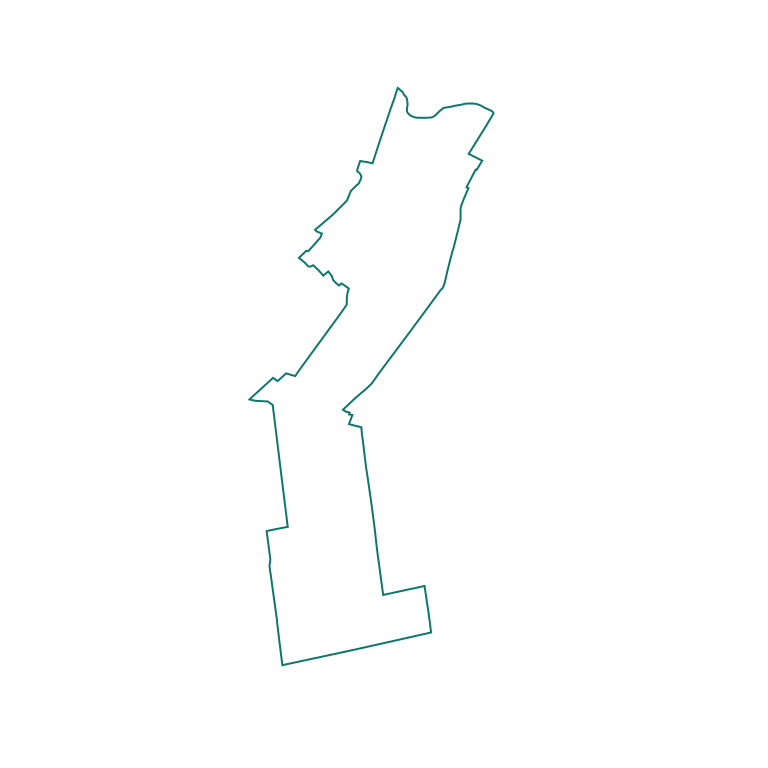 Lita, Teleorman, Romania, rotated 142°
{"feature_id": "2599482B88821279710762", "entity_name": "Lita", "entity_type": "district", "adm_level": 2, "iso_a3": "ROU", "parent_name": "Romania", "parent_adm1": "Teleorman", "projection": "robinson", "projection_center": [24.816, 43.818], "detail": "fine", "context": "isolated", "style": "outline", "palette": "teal", "viewbox_px": 768, "rotation_deg": 142, "n_neighbors": 0, "source": "geoboundaries", "source_scale": "gbopen_adm2", "svg_char_len": 2722}
<svg xmlns="http://www.w3.org/2000/svg" viewBox="0 0 768 768"><g transform="rotate(142 384 384)"><path d="M227.0,585.2L230.4,582.9L233.9,580.6L240.5,576.2L253.7,567.3L257.1,565.0L259.7,568.1L265.5,574.4L271.7,570.3L273.2,569.3L274.1,568.4L273.6,566.0L273.5,564.6L273.6,563.0L274.0,561.8L274.3,561.2L274.9,560.6L275.8,560.0L277.2,559.2L279.7,557.9L280.8,557.5L281.4,557.4L283.0,557.5L284.9,557.3L288.9,556.8L291.3,556.5L295.7,554.0L300.2,551.4L319.3,549.0L343.4,547.9L343.1,545.6L340.3,540.8L344.2,538.5L361.1,535.4L361.8,535.3L363.1,536.8L373.4,535.8L371.6,527.8L371.4,523.4L369.5,521.7L366.6,521.1L365.5,513.3L365.1,506.8L358.6,507.0L358.6,501.5L360.1,497.0L359.6,492.7L358.8,489.3L355.5,489.4L352.9,480.9L356.1,478.7L359.8,475.3L364.5,469.5L373.4,466.7L440.9,447.5L449.1,444.9L454.6,452.6L466.0,451.8L467.7,457.2L470.4,456.9L498.5,454.8L499.5,454.6L495.6,449.8L486.4,441.9L484.6,436.0L529.6,361.1L547.8,330.7L557.4,335.6L567.0,340.4L581.7,315.5L586.3,311.1L598.5,290.0L603.7,281.1L613.7,263.8L614.9,262.1L622.3,249.9L633.2,231.7L637.2,225.0L619.0,216.2L573.9,194.3L500.5,159.5L499.9,159.2L494.6,168.0L489.4,176.9L476.4,199.9L485.9,204.4L490.5,206.7L514.5,218.3L509.5,226.9L497.9,246.7L490.9,258.7L480.3,275.9L468.5,295.9L456.2,317.3L449.3,329.6L437.4,349.3L432.1,358.3L428.5,363.9L429.0,364.5L436.3,373.9L428.0,379.1L430.3,381.6L428.7,382.7L431.1,385.7L432.2,389.0L414.0,390.7L402.7,391.1L399.6,391.3L394.6,391.8L393.6,391.9L387.1,393.8L383.1,395.1L332.8,408.8L329.4,409.7L326.0,410.7L301.2,417.6L289.6,420.9L281.8,423.1L278.9,423.5L276.2,424.8L273.7,426.5L264.4,434.1L247.8,446.9L246.8,447.4L244.1,449.4L230.9,459.7L222.4,466.5L215.6,475.1L213.3,477.0L209.8,479.1L207.9,480.3L196.9,486.4L197.8,488.3L179.8,496.5L179.0,495.7L174.1,497.6L169.1,499.5L173.4,508.6L175.6,513.2L150.7,522.3L145.7,524.1L141.6,525.7L131.1,529.8L130.9,530.8L130.8,531.8L130.9,532.1L131.0,532.6L131.7,534.2L133.3,537.3L134.4,539.3L135.1,540.8L135.8,542.8L137.2,545.5L138.3,547.1L139.7,548.8L141.9,550.8L145.5,553.6L147.8,555.0L150.9,556.4L153.2,557.6L155.5,558.9L159.4,560.8L162.3,562.2L164.8,563.6L167.1,564.9L170.0,564.9L172.1,564.8L177.5,564.2L179.1,564.2L180.3,564.2L180.9,564.3L181.7,564.6L182.7,565.0L183.8,565.7L185.9,567.1L189.2,569.6L192.3,572.1L194.8,574.2L196.2,576.2L197.4,578.3L198.1,580.2L198.4,582.2L198.3,583.4L198.2,584.2L198.0,584.7L197.4,585.6L196.1,587.1L194.3,588.8L193.3,589.8L191.8,592.1L190.8,593.8L190.2,595.2L189.9,596.4L189.9,597.3L190.1,598.5L190.2,599.9L189.9,601.0L189.7,602.2L189.6,602.7L189.9,604.1L190.4,606.7L190.9,608.8L193.3,607.3L195.8,605.7L199.0,603.3L205.4,599.3L207.8,597.7L208.7,597.3L211.2,595.6L215.4,592.8L219.2,590.2L223.2,587.7L227.0,585.2Z" fill="none" stroke="#0f766e" stroke-width="2"/></g></svg>